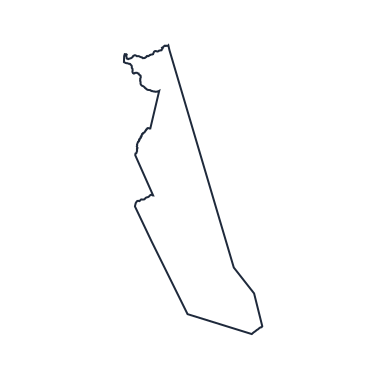 the district of General Lamadrid, La Rioja, Argentina, rotated 41°
{"feature_id": "61730980B10920715294308", "entity_name": "General Lamadrid", "entity_type": "district", "adm_level": 2, "iso_a3": "ARG", "parent_name": "Argentina", "parent_adm1": "La Rioja", "projection": "robinson", "projection_center": [-69.375, -28.709], "detail": "fine", "context": "isolated", "style": "outline", "palette": "slate", "viewbox_px": 384, "rotation_deg": 41, "n_neighbors": 0, "source": "geoboundaries", "source_scale": "gbopen_adm2", "svg_char_len": 5166}
<svg xmlns="http://www.w3.org/2000/svg" viewBox="0 0 384 384"><g transform="rotate(41 192 192)"><path d="M158.6,240.4L193.9,255.8L268.8,287.1L330.3,260.0L330.5,258.4L330.6,257.6L330.8,256.9L331.2,255.3L331.4,253.8L331.9,252.3L332.1,250.7L332.5,249.2L333.2,248.5L333.1,247.2L305.4,227.8L273.1,221.6L82.0,99.8L78.0,96.9L78.0,97.0L77.9,97.4L77.8,97.6L77.6,97.8L77.3,97.9L77.0,98.3L76.6,98.5L76.5,98.9L76.3,99.1L76.0,99.1L75.9,99.1L75.7,99.2L75.4,99.5L75.3,100.2L75.3,100.4L75.1,100.9L75.1,101.0L75.2,101.6L75.1,102.0L74.9,102.4L74.8,102.6L75.3,102.7L75.6,102.8L75.7,103.0L75.5,103.6L75.6,104.1L75.7,104.3L75.9,104.7L76.0,105.0L75.8,105.3L75.7,105.5L75.2,105.8L75.0,106.1L74.9,106.4L74.4,106.9L74.3,107.2L74.3,107.7L74.2,107.8L74.1,108.2L73.9,108.5L73.7,108.7L73.2,108.9L73.0,109.0L72.9,109.1L72.6,109.3L72.3,109.3L72.1,109.5L71.8,109.7L71.6,110.0L71.4,110.7L71.4,111.3L71.5,111.6L71.7,112.1L71.9,112.9L72.1,113.3L72.2,113.5L71.9,114.1L71.5,114.6L70.9,115.2L70.8,115.4L70.7,115.9L70.5,116.0L70.3,116.3L70.3,116.6L70.2,117.0L70.1,117.5L70.1,117.8L70.0,118.0L69.7,118.3L69.6,118.5L68.9,118.7L68.7,119.1L68.7,119.3L68.9,120.3L68.8,120.6L68.5,121.0L68.5,121.3L68.5,121.8L68.3,122.1L67.9,122.4L67.3,122.9L67.3,123.0L67.2,123.2L66.4,123.2L66.1,123.2L65.9,123.2L65.7,123.4L65.5,123.6L64.9,123.7L64.2,124.0L63.9,124.1L63.5,124.2L63.3,124.2L62.8,124.4L62.6,124.5L62.3,124.7L62.2,124.8L61.6,125.4L61.3,125.7L61.2,125.7L60.9,125.7L59.7,125.9L59.5,126.1L59.4,126.2L59.1,126.3L58.9,126.6L58.8,127.0L58.6,127.3L58.4,127.7L58.4,128.2L58.5,128.5L58.6,128.8L58.5,129.3L58.5,129.7L58.5,130.0L58.4,130.2L58.2,131.0L57.9,131.4L57.4,132.3L57.2,132.5L57.0,132.9L56.9,133.2L56.8,133.5L56.7,133.6L56.2,133.5L55.7,133.9L55.5,134.0L55.1,134.0L55.0,133.9L54.1,133.1L53.5,132.8L53.1,132.6L52.9,132.2L52.7,131.2L52.3,131.1L52.0,131.1L51.9,131.2L51.7,131.4L51.1,131.9L50.8,132.1L51.6,133.9L55.4,138.6L55.7,138.6L56.0,138.4L56.4,138.3L56.9,138.3L57.2,138.2L57.6,138.0L57.8,137.9L58.2,137.7L58.5,137.4L58.8,137.2L59.0,137.1L59.9,136.8L60.2,136.7L60.9,136.1L61.2,136.1L61.4,136.0L61.5,136.1L62.0,136.2L62.3,136.2L62.5,136.2L63.1,136.2L63.4,136.2L63.6,136.3L63.9,136.5L64.0,136.6L64.7,137.3L64.8,137.5L65.1,137.8L65.4,137.9L66.1,138.0L66.3,138.1L66.8,138.6L67.0,138.8L67.5,139.3L67.6,139.5L68.1,140.3L68.3,140.4L68.7,140.7L68.8,140.7L69.1,140.8L69.3,140.9L69.5,141.0L70.0,140.9L70.4,140.8L70.5,140.7L70.8,140.2L70.7,139.8L70.9,139.3L71.1,139.2L71.6,138.8L71.9,138.4L72.3,138.1L73.1,138.1L73.6,137.9L73.9,137.6L74.5,137.9L74.6,138.0L74.9,138.1L76.8,137.9L77.0,138.1L77.3,138.5L77.5,138.5L77.7,138.8L77.9,138.9L78.2,139.2L78.4,139.6L78.4,140.0L78.5,140.4L78.7,140.7L78.8,140.8L79.2,141.0L79.4,141.4L79.6,141.7L79.7,141.9L80.0,142.2L80.4,142.2L80.6,142.4L80.7,142.6L81.2,142.9L81.5,143.3L82.1,144.0L82.8,144.4L83.7,144.6L84.7,144.6L84.9,144.5L85.3,144.3L86.5,144.1L87.7,144.1L88.1,144.3L88.4,144.2L89.3,144.3L89.5,144.1L90.2,144.1L90.9,144.2L91.5,144.0L93.6,142.6L93.9,142.5L94.0,142.4L94.7,142.5L95.5,142.2L95.7,141.9L96.3,141.7L97.4,141.1L97.5,140.9L98.6,140.4L98.8,140.1L99.6,139.4L99.9,139.1L100.0,138.8L100.1,138.6L100.5,138.0L100.8,137.5L100.9,137.2L118.8,171.3L118.6,171.4L118.5,171.6L118.4,171.9L118.2,172.0L117.5,172.2L117.3,172.3L117.1,172.5L116.9,172.6L116.9,172.8L116.5,173.2L116.5,173.3L116.6,173.5L116.7,174.0L116.5,174.3L116.6,174.5L116.5,175.0L116.8,175.3L116.8,175.8L116.7,175.9L116.8,176.1L116.7,176.4L116.8,176.6L116.9,177.2L116.8,177.4L116.8,177.5L116.9,177.8L117.0,178.1L116.9,178.3L116.8,178.9L116.7,179.1L116.7,179.4L116.4,179.6L116.4,179.8L116.4,180.1L116.6,180.3L116.5,180.5L116.3,180.9L116.4,181.0L116.5,180.9L116.6,181.0L116.5,181.3L116.6,181.8L116.9,182.1L117.0,182.3L117.1,182.5L117.0,182.8L117.3,182.9L117.4,183.1L117.3,183.3L117.2,183.7L117.2,183.8L117.3,183.8L117.5,183.8L117.6,184.1L117.4,184.3L117.4,184.5L117.5,184.8L117.8,184.9L117.8,185.1L117.7,185.2L117.6,185.6L117.6,186.0L117.6,186.3L117.8,186.4L118.0,186.5L118.1,186.8L117.7,186.7L117.6,186.8L117.6,187.0L117.8,187.4L117.9,187.6L118.1,187.7L118.2,187.9L118.4,188.1L118.6,188.4L118.7,188.8L118.6,189.1L118.3,189.4L118.3,189.5L118.5,189.7L118.7,190.3L118.7,190.5L118.8,190.9L119.0,191.2L119.2,191.8L119.3,192.2L119.6,192.4L120.0,192.7L120.1,192.9L120.2,193.0L120.3,193.4L120.3,193.6L120.5,193.9L121.2,194.2L121.7,194.3L122.0,194.5L122.1,194.9L122.0,195.1L121.9,195.2L122.0,195.4L122.2,195.7L122.6,195.9L122.6,196.0L122.8,196.1L122.9,196.3L123.0,196.4L123.2,196.8L123.5,196.9L123.7,197.1L123.7,197.3L123.8,197.6L124.0,198.1L124.2,198.4L124.4,198.7L124.4,198.8L124.5,199.2L124.5,199.3L124.4,199.6L124.2,199.7L124.1,200.0L124.3,200.2L124.5,200.8L124.9,201.2L125.1,201.5L164.9,220.1L164.5,220.4L164.2,220.5L163.3,220.6L162.8,221.1L162.5,222.0L162.5,222.8L162.5,223.2L162.5,223.5L162.4,223.9L162.1,224.8L161.6,225.4L161.0,226.5L160.9,226.8L160.9,227.8L160.9,228.7L160.1,229.7L159.3,230.4L158.9,230.6L158.5,231.0L158.4,231.6L158.4,232.9L158.3,233.4L157.9,233.6L157.5,233.7L157.3,233.9L157.1,234.2L156.6,234.6L156.6,235.0L156.6,236.1L156.8,237.1L156.8,237.3L157.1,237.9L157.3,238.3L157.5,238.6L157.6,238.8L157.8,239.3L158.0,239.6L158.2,240.0L158.3,240.2L158.6,240.4Z" fill="none" stroke="#1e293b" stroke-width="2"/></g></svg>